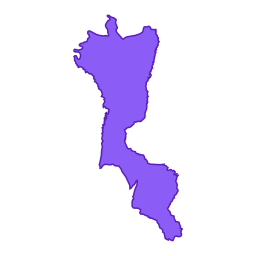 outline of Maisa-Phoka, Leribe, Lesotho
{"feature_id": "5366337B86145787410070", "entity_name": "Maisa-Phoka", "entity_type": "district", "adm_level": 2, "iso_a3": "LSO", "parent_name": "Lesotho", "parent_adm1": "Leribe", "projection": "mercator", "projection_center": [28.2, -28.776], "detail": "fine", "context": "isolated", "style": "filled", "palette": "violet", "viewbox_px": 256, "rotation_deg": 0, "n_neighbors": 0, "source": "geoboundaries", "source_scale": "gbopen_adm2", "svg_char_len": 5809}
<svg xmlns="http://www.w3.org/2000/svg" viewBox="0 0 256 256"><path d="M178.6,174.8L177.3,175.4L176.1,175.4L176.1,174.5L176.6,173.9L176.3,173.9L174.2,174.6L174.3,173.5L175.1,172.4L175.1,171.8L174.7,171.7L174.0,170.6L173.4,170.5L172.4,170.9L171.0,169.6L170.6,169.5L168.4,170.4L167.1,170.1L167.1,169.6L168.0,167.6L167.0,167.0L166.2,165.9L163.7,165.0L164.0,164.3L160.0,164.7L150.4,164.2L147.6,163.2L147.3,161.3L145.6,159.0L144.9,159.0L144.6,158.6L144.4,156.7L143.5,155.6L143.5,155.2L141.9,154.8L140.3,154.9L140.0,154.4L139.1,154.7L138.1,153.7L136.4,153.5L135.9,152.9L135.4,151.7L132.5,151.1L131.1,149.9L131.0,149.1L130.3,148.5L128.4,148.8L127.6,148.3L125.3,143.4L124.7,140.9L124.8,139.7L125.4,139.7L125.6,138.1L125.2,137.8L125.8,136.9L125.6,135.0L126.2,133.7L125.2,132.1L124.5,129.9L125.8,129.3L126.1,128.4L127.7,127.7L129.8,127.2L131.3,126.4L131.7,125.8L133.3,124.5L134.0,123.6L134.0,122.3L134.9,121.8L135.8,122.2L138.3,121.1L139.8,121.6L140.9,121.4L144.5,118.0L145.0,116.8L145.0,112.8L145.2,112.7L146.0,110.2L146.5,109.3L146.9,106.4L146.5,105.2L146.8,104.7L146.6,103.4L147.0,102.8L147.4,102.9L147.6,102.1L147.5,101.5L147.1,101.4L147.5,99.8L147.3,99.3L147.5,98.0L147.1,97.3L148.1,96.5L147.5,96.0L147.7,95.7L147.3,93.4L147.3,92.8L147.9,92.0L147.4,91.7L147.1,90.6L146.3,90.1L146.1,87.3L145.6,86.4L146.3,84.6L146.3,83.5L146.0,82.6L147.3,81.2L147.8,81.0L147.8,80.2L148.1,80.0L148.0,79.5L148.2,79.0L148.9,78.7L149.2,78.2L148.4,77.5L150.2,77.3L150.4,77.0L150.4,76.1L151.1,75.6L150.9,74.6L150.5,74.4L150.5,74.0L149.7,74.2L150.1,73.6L149.8,72.5L150.2,71.6L150.6,71.7L150.7,71.1L151.1,70.9L151.0,70.4L151.5,69.6L151.7,68.3L152.5,68.2L152.5,67.3L152.1,66.7L152.2,65.7L153.1,64.6L153.2,63.6L152.9,62.0L153.3,61.6L153.7,61.8L153.6,61.3L154.0,60.9L154.0,58.8L154.5,58.4L154.3,56.6L154.9,56.2L155.2,53.8L155.1,53.6L156.0,52.2L155.8,52.0L155.2,52.1L155.1,50.9L155.2,50.6L155.7,50.5L155.7,49.4L156.4,49.5L156.1,48.3L156.9,47.5L156.8,47.3L157.1,47.0L157.0,46.2L158.1,45.4L158.0,43.3L159.1,41.6L158.1,40.7L158.3,37.9L157.7,37.5L157.3,35.8L156.8,34.8L156.1,34.3L155.7,33.0L155.7,32.4L156.2,32.0L155.6,31.4L156.1,29.9L155.8,29.5L153.1,29.6L151.0,29.2L150.3,27.4L149.5,26.5L149.0,26.3L147.1,26.8L144.8,26.8L144.2,27.1L143.7,27.8L143.0,31.1L142.4,32.2L140.1,33.8L134.9,35.5L127.2,36.8L125.4,37.5L123.1,39.2L122.2,38.5L117.3,33.1L116.3,31.5L116.1,29.2L117.1,28.6L117.3,27.4L115.7,23.4L115.6,21.8L116.2,20.0L116.0,19.5L114.1,18.0L111.0,17.0L109.0,15.4L107.4,15.4L107.3,16.1L107.7,16.6L109.6,18.0L110.0,19.5L107.9,20.8L105.7,24.3L105.5,25.7L106.1,27.6L107.8,29.6L107.7,32.0L108.6,35.0L108.4,35.7L107.9,36.0L105.4,35.6L103.5,36.0L99.0,35.3L95.9,34.2L89.9,31.0L88.6,31.0L87.8,31.8L87.8,33.5L89.1,35.5L89.5,36.9L89.2,37.5L87.8,38.6L87.1,41.3L85.5,41.9L84.3,42.1L83.0,43.0L80.5,43.6L79.4,44.6L79.3,45.1L79.7,45.8L82.0,46.6L82.5,47.0L82.7,47.4L82.5,48.3L81.2,49.3L79.1,50.0L77.8,50.0L74.7,49.3L74.3,49.6L73.9,50.4L74.1,51.3L75.1,51.9L78.5,52.0L79.9,53.2L80.5,54.6L80.5,56.1L80.0,58.3L79.2,59.1L78.1,59.3L77.8,59.0L76.3,55.9L75.3,55.7L74.6,55.9L74.0,56.6L74.6,58.0L74.6,60.4L75.6,62.1L75.9,63.5L76.7,64.2L77.2,65.5L77.6,65.3L78.0,65.8L78.4,66.4L78.1,67.0L78.4,67.5L79.9,66.7L82.4,67.3L83.0,68.1L83.0,68.7L83.4,69.4L84.3,69.2L84.9,69.9L85.5,72.2L85.8,72.6L86.5,72.3L86.7,71.6L87.2,71.6L89.2,73.7L90.1,74.0L90.9,73.6L92.9,75.7L94.1,76.5L93.6,78.2L94.0,79.1L95.1,79.7L94.6,81.6L96.2,82.2L96.6,83.3L97.2,83.6L98.0,85.0L98.0,86.4L98.6,86.6L98.5,87.5L98.6,88.5L99.3,88.9L99.3,89.3L100.5,89.7L101.9,92.4L102.4,94.5L101.4,96.5L103.0,97.0L104.7,98.2L104.4,99.0L103.9,99.4L104.7,100.9L104.6,102.4L103.8,103.2L103.2,104.5L103.2,106.9L103.5,107.4L104.4,106.4L104.9,106.4L105.7,108.1L108.5,109.0L109.1,110.2L109.0,110.6L108.4,110.9L108.4,111.3L108.9,112.1L108.3,112.7L108.1,114.0L107.5,113.6L106.4,114.1L106.3,113.3L106.5,112.8L106.3,112.6L105.3,113.8L106.2,115.1L105.5,115.7L106.5,116.5L106.2,116.9L106.4,117.3L106.0,117.4L105.7,117.0L105.9,116.4L105.6,116.3L104.5,118.0L105.3,118.1L105.1,117.5L105.3,117.4L106.3,118.6L105.6,118.8L105.1,119.7L104.5,119.6L104.4,121.2L104.8,121.2L104.2,122.4L104.7,122.9L103.8,124.2L104.5,124.7L103.3,125.4L102.9,125.2L103.2,126.8L102.2,127.8L103.2,128.1L102.4,130.3L103.1,132.3L102.4,132.7L101.9,133.5L102.6,135.2L101.9,138.3L102.0,139.3L102.4,140.2L103.1,140.8L102.6,141.2L102.4,142.3L101.7,143.0L102.0,145.3L102.4,146.6L101.7,150.2L101.4,153.1L101.6,153.9L100.2,161.3L99.3,164.7L100.1,166.8L100.1,168.3L101.2,168.0L103.0,165.4L105.1,164.3L109.9,164.8L111.0,164.8L111.7,164.3L113.0,164.3L115.4,165.9L118.8,166.0L121.2,169.2L122.0,171.5L126.0,177.1L129.7,185.2L130.0,188.8L131.3,187.9L133.1,185.4L134.2,184.8L135.8,182.2L136.1,181.2L137.1,180.4L137.3,182.3L136.8,185.7L136.1,186.7L134.7,190.3L133.4,195.7L132.8,196.6L133.6,198.5L133.4,199.4L132.6,199.8L132.1,201.9L132.1,206.2L133.1,207.7L134.4,208.1L137.3,208.1L138.9,208.6L140.5,209.6L140.5,211.0L139.8,212.8L140.5,214.0L143.4,214.2L146.0,215.7L148.0,216.0L148.2,217.2L149.4,217.2L150.1,218.3L151.1,218.0L156.9,220.6L157.2,222.4L159.0,224.5L159.0,225.5L159.5,226.4L159.7,227.7L162.4,229.4L162.9,232.3L164.1,233.0L165.3,238.6L168.2,240.0L168.3,239.1L169.5,238.9L170.3,239.8L172.2,240.6L172.7,240.6L173.2,240.1L174.4,237.1L175.1,236.4L176.6,236.1L178.1,236.7L179.5,236.6L180.4,236.3L181.1,235.8L181.5,234.8L181.5,234.0L180.9,232.6L181.4,229.8L182.1,229.4L182.1,228.8L180.2,228.1L180.6,226.8L179.5,224.1L179.1,222.4L177.3,221.7L176.0,221.8L174.2,218.5L174.0,216.1L171.3,215.3L170.6,214.2L170.0,211.9L168.0,209.7L167.7,208.2L168.9,206.7L169.3,205.2L170.3,204.2L170.3,202.8L172.3,200.9L172.9,199.0L174.4,197.8L174.2,197.0L174.4,195.9L176.6,193.8L177.0,192.4L177.8,191.6L178.0,190.8L177.8,189.7L177.0,188.6L176.8,186.7L177.3,185.2L177.0,183.9L175.9,181.7L175.9,180.5L176.6,179.0L176.6,177.9L177.6,175.8L178.6,174.8Z" fill="#8b5cf6" stroke="#5b21b6" stroke-width="1.5"/></svg>